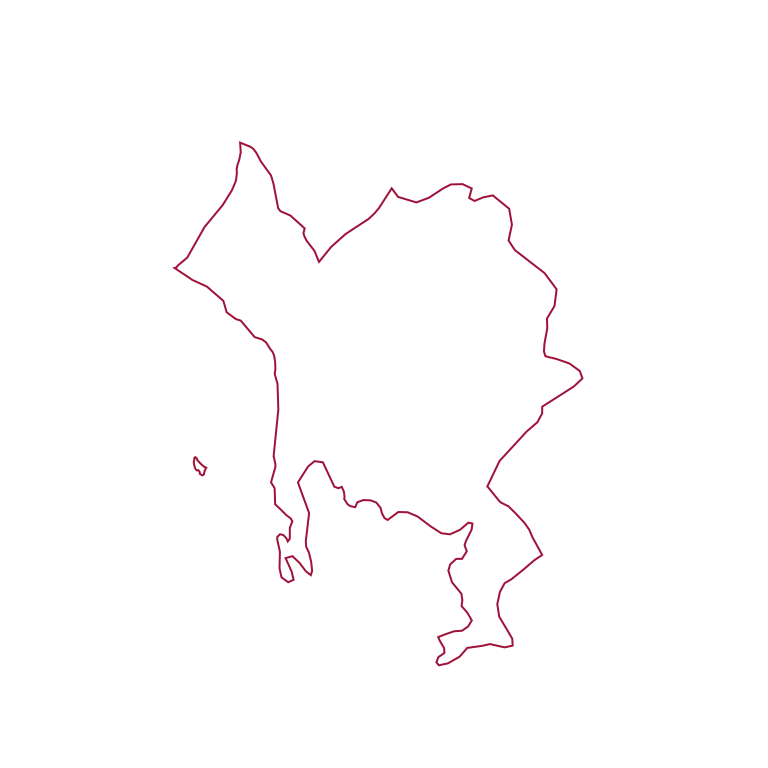 the Indigenous Territory of Ngöbe Buglé, rotated 217°
{"feature_id": "PAN-3454", "entity_name": "Ngöbe Buglé", "entity_type": "Indigenous Territory", "adm_level": 1, "iso_a3": "PAN", "parent_name": "Panama", "parent_adm1": "", "projection": "natural_earth1", "projection_center": [-81.839, 8.721], "detail": "fine", "context": "isolated", "style": "outline", "palette": "rose", "viewbox_px": 768, "rotation_deg": 217, "n_neighbors": 0, "source": "natural_earth", "source_scale": "10m", "svg_char_len": 2927}
<svg xmlns="http://www.w3.org/2000/svg" viewBox="0 0 768 768"><g transform="rotate(217 384 384)"><path d="M299.3,277.6L302.9,277.2L308.0,279.6L312.2,283.0L318.8,284.7L324.7,283.0L330.6,278.9L334.1,273.6L332.9,268.3L337.5,266.1L341.0,266.1L346.7,268.3L347.5,270.1L351.4,274.0L355.8,276.4L357.8,273.3L361.9,272.1L385.7,284.7L393.0,280.6L395.0,272.5L393.5,253.6L366.1,235.8L351.8,211.3L348.1,207.1L342.8,204.4L335.3,198.3L329.0,191.6L327.4,187.3L333.6,187.4L343.9,190.3L353.5,191.4L357.8,185.7L344.7,178.5L338.4,173.2L341.2,168.0L349.5,167.9L356.5,173.9L366.1,187.3L375.5,195.4L377.2,197.5L376.6,201.5L373.3,202.8L369.1,202.0L366.1,200.4L366.1,203.6L369.4,208.2L372.6,212.3L374.6,219.2L377.6,220.5L383.0,220.5L392.5,221.8L398.5,222.4L408.7,235.0L415.0,237.4L421.0,252.8L423.0,255.1L428.7,259.9L453.0,300.0L469.3,320.2L477.3,326.2L479.7,330.5L484.1,336.0L488.9,340.6L492.4,342.6L496.0,343.5L503.4,346.3L508.3,346.2L515.5,343.6L536.5,348.4L541.4,346.7L552.8,346.6L562.3,353.7L584.0,355.2L599.5,351.8L621.1,350.6L619.9,352.2L619.9,354.8L617.2,366.6L621.8,401.4L620.5,430.0L622.1,447.4L624.6,457.3L628.1,463.4L631.2,467.3L633.0,471.2L634.4,475.6L637.9,482.9L644.2,490.2L633.1,493.1L629.7,493.1L625.1,491.8L616.2,487.6L599.8,482.6L593.0,477.6L574.3,460.7L570.7,459.7L560.1,462.2L541.0,460.5L539.1,456.0L536.7,454.2L532.2,451.9L519.7,448.5L509.4,442.4L508.7,461.7L505.0,480.5L495.6,506.7L494.3,514.5L493.9,521.4L495.6,544.9L485.4,541.9L467.4,548.5L460.2,559.8L454.5,575.8L450.6,583.7L441.5,590.9L431.6,593.0L427.9,583.8L421.8,584.7L417.2,592.6L410.6,600.1L389.5,599.3L377.7,588.2L370.9,573.6L360.2,569.7L322.6,569.2L303.1,563.5L294.8,548.9L293.2,534.3L287.1,526.7L280.3,513.1L275.8,506.2L271.9,503.4L268.0,504.9L261.3,507.8L248.1,512.0L235.4,512.2L228.9,507.9L230.9,496.3L244.0,461.1L240.0,455.7L238.5,445.8L241.5,431.8L245.4,392.1L239.8,364.3L239.2,364.3L222.4,360.1L219.3,359.7L213.6,360.7L211.4,361.3L200.3,359.8L187.8,357.5L180.4,355.1L173.1,350.9L155.5,343.0L154.8,342.6L157.9,333.7L161.0,319.6L164.8,304.6L167.8,297.5L166.3,287.8L161.0,276.3L151.9,267.5L136.7,261.3L128.3,257.8L123.8,252.5L129.1,246.3L142.8,240.1L148.1,233.9L158.7,223.3L159.5,211.8L164.8,199.4L170.9,192.4L174.7,193.3L176.2,198.6L173.9,205.6L177.0,209.2L185.3,212.7L188.4,214.5L184.6,220.7L179.3,228.6L173.2,233.9L170.9,241.0L171.6,248.0L180.0,251.6L188.4,253.3L191.4,258.6L196.0,263.1L210.4,266.6L220.3,273.7L222.6,279.8L221.1,287.8L216.5,291.3L217.2,300.2L222.6,303.7L224.1,308.1L226.4,320.5L229.4,325.8L233.2,324.0L235.5,313.4L240.8,303.7L248.4,299.3L260.6,298.4L277.3,298.4L287.9,295.8L295.5,290.4L298.6,279.9L299.2,277.7L299.3,277.6ZM477.0,201.4L478.1,202.7L480.4,203.5L481.3,202.4L483.2,202.6L485.5,204.0L487.7,205.8L489.3,207.6L489.8,209.4L491.0,210.7L490.7,212.0L488.9,212.0L486.9,210.8L483.5,210.2L479.4,209.7L477.5,209.7L475.6,210.2L475.1,207.2L474.2,205.0L473.4,203.2L474.1,201.7L477.0,201.4Z" fill="none" stroke="#9f1239" stroke-width="2"/></g></svg>